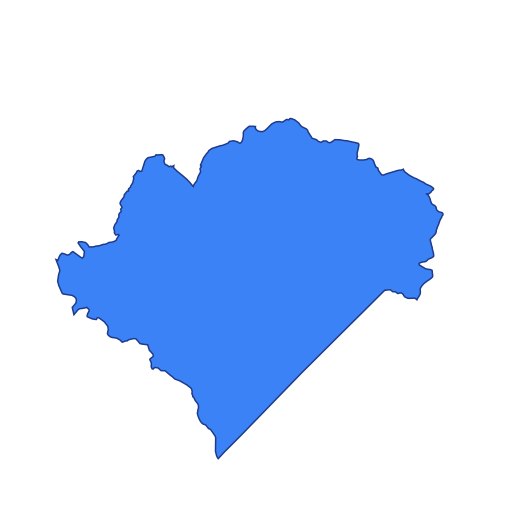 the district of Lubao, Kasaï-Oriental, Democratic Republic of the Congo, rotated 134°
{"feature_id": "63176286B12881144084902", "entity_name": "Lubao", "entity_type": "district", "adm_level": 2, "iso_a3": "COD", "parent_name": "Democratic Republic of the Congo", "parent_adm1": "Kasaï-Oriental", "projection": "albers", "projection_center": [25.343, -5.578], "detail": "fine", "context": "isolated", "style": "filled", "palette": "blue", "viewbox_px": 512, "rotation_deg": 134, "n_neighbors": 0, "source": "geoboundaries", "source_scale": "gbopen_adm2", "svg_char_len": 6113}
<svg xmlns="http://www.w3.org/2000/svg" viewBox="0 0 512 512"><g transform="rotate(134 256 256)"><path d="M410.9,292.3L407.6,290.7L406.2,289.5L404.9,289.6L400.5,286.7L399.0,285.0L399.2,282.3L399.6,278.6L398.5,276.8L395.1,272.2L396.0,270.6L397.9,267.2L398.0,265.0L398.2,262.0L399.2,260.4L400.0,260.2L401.7,260.5L403.8,260.7L404.4,260.3L404.7,259.2L405.6,257.1L406.6,256.1L408.6,254.3L409.3,252.3L408.9,251.5L406.5,251.4L404.6,248.8L404.4,244.6L401.7,241.7L401.6,239.5L401.3,235.1L400.9,231.9L400.9,229.0L399.0,224.8L398.0,221.2L396.8,216.4L396.2,211.0L396.7,209.6L397.7,207.9L399.7,206.3L400.2,204.8L401.1,203.7L401.1,202.0L402.2,199.4L402.7,195.3L403.5,193.6L405.3,191.8L407.3,190.8L408.1,189.9L409.5,189.3L410.5,188.1L412.4,184.4L413.4,181.5L413.8,179.3L413.6,177.2L412.5,175.0L413.1,170.1L412.5,169.1L412.4,167.8L413.8,160.6L414.6,158.9L424.6,149.5L427.0,145.7L427.8,143.7L428.0,142.4L419.1,142.6L394.6,142.2L308.0,142.0L242.6,140.7L221.7,140.2L190.9,139.6L190.8,139.0L189.2,138.0L187.0,135.9L186.7,132.9L184.9,130.7L184.5,127.9L182.9,127.0L181.7,125.9L181.3,124.2L182.1,120.8L181.0,117.5L179.8,116.1L176.2,112.7L175.8,111.7L175.7,109.8L174.7,110.2L173.5,110.5L171.3,110.9L169.7,111.4L168.8,111.8L168.3,112.2L166.8,113.7L165.8,114.9L164.7,115.4L163.2,115.8L160.7,116.1L158.3,116.0L155.3,115.5L153.7,115.2L152.2,114.8L151.0,114.7L150.0,114.5L148.7,114.5L147.7,114.9L146.8,116.0L146.0,117.0L145.2,117.9L144.6,118.6L144.1,119.2L144.0,119.6L144.4,120.6L144.8,121.5L145.5,122.2L146.3,123.5L147.1,124.6L147.5,125.5L147.9,127.6L148.4,129.3L148.5,130.1L148.6,130.9L149.1,132.0L148.3,133.4L147.6,133.5L146.2,132.9L145.1,132.3L143.6,131.2L142.5,130.3L140.7,129.8L139.5,129.9L138.8,129.9L137.9,129.5L135.5,128.5L134.0,128.0L132.6,128.1L132.0,128.8L131.2,129.6L129.6,132.1L128.9,133.5L127.6,135.0L127.0,136.1L126.5,137.0L126.0,137.8L125.5,138.5L123.5,141.7L122.6,142.3L121.8,142.4L120.6,142.3L118.5,142.3L117.5,142.3L116.7,142.3L115.1,142.4L113.4,143.2L112.1,144.3L110.5,144.9L109.6,145.5L107.8,146.1L106.3,146.7L103.1,148.2L100.8,149.0L99.3,149.3L98.3,149.9L96.5,150.1L95.6,151.1L95.6,152.2L96.0,153.2L96.7,154.2L97.1,155.0L97.2,155.9L97.4,156.8L97.4,157.6L97.1,158.4L96.7,159.1L96.1,159.9L95.6,161.1L95.6,162.6L95.8,163.3L96.2,164.4L96.3,166.0L95.7,167.4L95.1,168.7L94.3,169.9L93.7,171.1L93.3,172.0L93.0,173.1L92.7,174.3L92.6,175.4L92.8,176.3L92.5,176.2L91.5,174.9L88.7,174.5L87.1,174.8L85.2,174.6L84.4,174.8L84.0,175.5L84.1,176.5L84.2,177.5L84.4,178.8L85.0,180.5L85.5,181.9L86.3,184.0L86.4,185.2L86.6,186.5L87.6,189.2L88.1,191.0L88.6,192.7L89.2,194.8L89.9,196.2L91.4,201.6L91.6,203.1L91.8,204.9L92.1,207.1L92.0,208.6L91.2,210.3L93.1,211.1L95.3,213.0L97.1,214.1L99.7,215.5L103.9,217.9L106.6,219.4L108.8,220.3L109.8,221.2L110.2,221.9L110.2,222.8L110.1,223.8L109.7,225.6L109.3,227.8L108.4,228.8L108.1,229.5L108.3,230.1L108.4,230.7L108.5,231.4L108.7,231.5L107.6,234.3L106.3,236.8L105.8,238.1L105.8,239.9L106.7,242.0L108.0,243.0L109.1,243.1L110.4,244.0L111.5,244.7L112.5,245.6L115.2,248.4L116.2,250.1L116.2,250.8L114.9,251.8L113.8,252.2L113.1,253.3L112.4,254.1L111.5,254.9L109.0,256.3L104.8,259.0L104.1,259.8L104.0,260.8L104.8,262.2L105.4,263.3L106.7,265.3L108.4,268.1L109.9,270.6L111.3,272.2L114.3,276.6L117.5,280.1L120.3,280.6L122.6,281.2L123.6,282.0L124.2,283.4L124.3,285.1L126.3,287.4L129.2,288.2L130.3,291.0L130.3,293.3L132.3,297.4L130.5,304.8L129.7,306.3L129.6,308.0L131.1,312.7L131.2,314.6L130.6,317.7L131.2,322.9L132.5,325.8L133.2,326.8L133.9,327.1L135.1,327.0L135.6,327.3L136.1,328.4L136.9,329.0L139.5,329.5L141.5,330.1L143.2,332.7L145.4,334.6L146.9,335.4L150.0,336.4L153.4,336.5L155.8,336.5L159.4,336.7L161.3,337.3L162.6,338.3L164.2,340.4L164.8,341.9L164.9,344.0L164.2,345.7L163.2,346.3L165.1,348.7L166.1,349.4L166.7,350.5L167.8,351.1L169.4,351.3L172.2,351.5L174.7,351.5L176.0,350.9L177.6,349.3L179.4,347.8L182.3,346.1L184.3,345.5L186.2,345.9L186.7,348.6L188.6,352.1L192.0,354.7L194.1,354.5L195.2,354.9L197.2,355.8L199.6,356.9L201.4,358.2L204.3,359.8L206.4,360.9L209.4,362.5L212.9,363.1L215.2,362.6L216.3,362.7L221.8,361.9L227.1,359.8L229.0,359.2L229.6,358.5L229.2,357.8L229.9,357.4L232.0,357.0L233.9,354.4L234.8,353.9L235.6,354.0L235.9,353.7L238.6,353.0L243.2,350.8L245.4,350.6L248.3,350.1L249.5,349.4L249.6,350.3L249.1,354.3L248.9,358.8L249.2,364.7L249.8,371.1L249.8,376.7L248.1,377.9L250.4,378.6L250.3,379.3L250.8,380.0L251.8,380.3L252.3,380.9L252.3,382.5L253.2,385.2L252.5,387.0L251.5,388.3L249.6,389.2L248.7,390.9L248.1,393.1L248.3,393.9L252.0,397.3L252.5,398.2L253.9,398.0L254.5,398.1L255.0,398.3L260.3,402.0L262.7,402.2L265.1,401.7L271.9,398.3L274.3,397.1L275.5,398.0L276.1,400.0L277.6,400.5L279.1,399.9L284.1,399.4L285.1,397.9L288.9,395.5L292.4,394.8L293.9,394.1L296.1,394.3L296.7,394.1L297.6,392.9L299.0,393.7L303.5,393.3L304.9,392.1L310.3,391.4L312.3,390.6L313.0,389.7L313.8,386.7L314.3,386.0L314.8,386.0L315.8,386.0L316.6,385.5L317.2,384.4L317.8,383.9L320.3,383.9L321.5,383.4L323.0,381.9L323.8,381.5L326.3,381.0L327.9,379.9L331.2,379.3L333.9,378.3L335.0,377.5L336.3,375.2L337.8,373.9L338.3,371.4L336.2,370.0L336.0,369.5L336.2,369.0L340.7,368.0L341.3,367.5L343.4,367.9L344.8,368.5L346.8,369.8L348.4,371.2L350.6,371.8L351.8,372.3L354.0,374.1L357.4,375.8L360.1,378.0L362.8,379.6L363.9,380.9L365.4,382.2L364.7,385.3L364.7,387.9L365.7,389.5L366.8,391.3L369.0,393.4L370.2,393.0L371.2,388.3L371.4,386.0L372.0,382.4L373.6,381.4L375.8,379.6L377.9,379.4L378.6,380.6L379.9,390.1L380.2,390.9L381.9,391.3L383.7,391.2L385.5,391.6L386.5,392.6L387.5,395.1L388.8,397.5L391.3,397.6L393.0,397.1L395.3,396.2L396.7,395.5L397.5,397.4L400.8,390.3L402.7,387.0L406.7,384.9L411.9,381.2L414.2,377.4L416.3,372.3L417.4,369.6L417.3,368.3L413.6,363.1L412.1,361.1L411.4,358.4L411.5,356.0L412.9,354.2L414.9,352.9L417.8,352.6L420.6,352.5L424.7,346.2L418.3,346.7L416.4,346.2L414.3,344.5L411.2,342.3L410.5,342.1L410.5,339.0L411.2,338.0L414.5,337.0L416.3,336.0L416.9,335.2L415.1,330.3L413.3,327.6L412.5,326.7L410.8,327.3L409.6,326.1L408.7,319.5L409.5,313.8L411.4,311.3L415.0,309.0L415.6,307.3L415.4,304.8L414.5,302.8L413.4,301.4L411.9,299.2L410.9,295.6L410.9,293.8L410.9,292.3Z" fill="#3b82f6" stroke="#1e3a8a" stroke-width="1.5"/></g></svg>